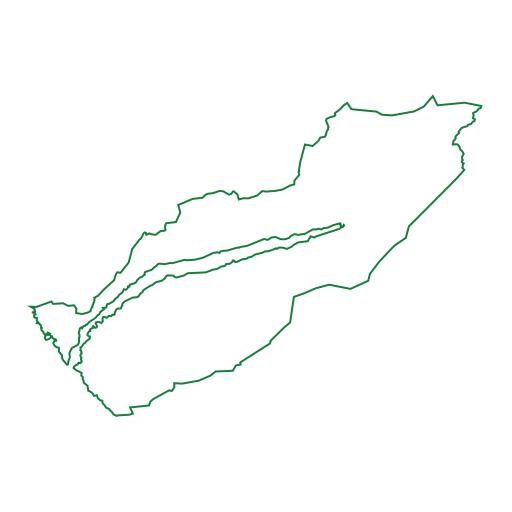 the district of Forsand nor, Rogaland, Norway
{"feature_id": "86288312B53803854392710", "entity_name": "Forsand nor", "entity_type": "district", "adm_level": 2, "iso_a3": "NOR", "parent_name": "Norway", "parent_adm1": "Rogaland", "projection": "mercator", "projection_center": [6.322, 59.02], "detail": "fine", "context": "isolated", "style": "outline", "palette": "green", "viewbox_px": 512, "rotation_deg": 0, "n_neighbors": 0, "source": "geoboundaries", "source_scale": "gbopen_adm2", "svg_char_len": 5950}
<svg xmlns="http://www.w3.org/2000/svg" viewBox="0 0 512 512"><path d="M350.4,288.9L368.2,280.8L370.0,273.8L379.1,261.8L394.1,245.9L405.8,237.9L408.9,226.4L455.6,179.5L464.3,169.9L462.3,167.7L462.8,166.6L462.7,165.0L463.7,163.4L462.1,162.4L461.8,161.3L462.8,160.0L462.1,158.9L462.0,157.1L463.7,153.8L462.3,151.5L460.2,149.3L459.6,147.3L458.0,144.7L456.9,144.2L452.8,144.5L453.5,140.9L455.7,138.6L455.4,137.5L455.7,136.2L459.1,132.9L458.6,131.7L461.8,127.8L467.3,126.1L468.2,124.7L471.1,123.9L472.7,121.8L474.5,121.0L474.9,119.3L472.9,118.2L473.7,115.2L473.1,113.7L473.2,112.9L476.7,111.3L478.7,108.7L480.6,108.1L481.3,106.0L464.6,102.7L437.5,105.3L432.8,96.1L423.8,106.6L414.2,111.4L392.1,115.4L381.9,114.7L376.4,111.6L351.4,109.2L347.2,103.0L344.1,105.0L339.4,109.9L335.3,112.8L334.8,113.6L335.4,114.9L334.5,116.1L329.9,117.3L326.5,118.9L326.1,120.3L326.2,121.2L328.6,127.0L328.1,127.8L328.1,129.3L326.8,131.1L325.9,135.2L324.7,136.8L320.2,137.6L318.4,140.9L312.6,146.0L305.0,144.5L300.3,161.8L299.0,170.1L299.2,171.2L298.6,171.7L299.2,175.0L294.5,180.5L294.2,184.4L290.4,185.4L282.3,189.6L275.1,190.9L266.2,191.6L262.2,191.1L257.1,195.6L248.1,198.4L243.4,198.2L238.8,199.5L237.5,194.5L233.7,191.3L232.9,191.5L231.3,193.8L229.1,194.7L223.1,191.3L219.8,190.9L213.0,193.1L207.3,193.9L205.4,194.9L202.7,197.7L192.7,198.9L178.2,205.0L180.3,212.6L175.9,222.1L166.2,223.2L165.0,225.9L165.4,230.1L164.9,230.6L160.6,231.1L155.6,234.8L151.1,234.2L149.2,233.4L146.4,234.8L146.1,234.6L146.1,233.1L145.0,232.4L144.3,232.7L143.3,233.8L142.2,236.4L140.5,239.0L139.8,239.2L132.2,249.1L128.7,262.5L120.5,272.8L117.2,272.3L115.7,274.6L114.1,280.2L103.9,289.5L98.0,295.8L94.5,297.6L94.9,298.0L94.2,299.5L94.5,300.5L92.3,306.2L92.5,306.8L91.9,307.1L90.4,311.3L87.1,312.8L81.9,314.0L76.2,313.1L76.3,308.5L73.9,305.3L68.3,305.9L63.0,303.3L53.1,303.9L51.4,301.5L36.5,306.9L30.7,306.7L34.6,309.1L34.4,309.7L35.2,311.5L35.0,312.0L31.8,312.4L33.8,312.6L35.3,313.7L35.5,314.3L34.3,314.4L34.1,317.0L35.0,317.7L36.9,317.9L36.8,320.6L38.0,322.2L37.0,322.4L36.8,323.1L39.5,323.6L39.9,324.6L40.7,325.0L41.1,327.5L41.9,328.0L41.2,328.9L41.6,330.3L43.3,331.8L43.6,333.3L44.8,334.4L47.0,334.1L47.7,332.6L47.0,332.1L50.3,333.9L49.9,335.0L47.5,334.7L45.1,336.1L44.9,338.1L45.7,339.7L46.7,339.9L48.8,339.0L50.6,337.8L51.0,337.1L50.9,336.4L51.3,336.1L52.1,336.4L52.2,337.5L53.0,338.4L56.0,339.6L56.3,340.3L56.0,340.9L54.5,340.8L53.4,342.6L53.4,343.5L54.2,345.1L56.4,347.1L58.9,347.8L59.1,349.1L58.8,350.5L59.0,351.8L62.0,355.3L62.2,358.4L62.8,359.7L66.9,364.7L67.5,364.7L68.0,364.3L68.4,361.1L69.9,357.2L69.4,353.6L69.9,351.8L72.1,347.8L77.6,345.0L78.7,343.4L79.1,340.5L78.9,337.8L79.5,336.9L79.6,335.5L78.7,332.4L79.5,331.0L79.6,328.9L79.9,328.3L81.3,327.4L82.1,328.3L83.5,326.1L84.8,326.1L86.3,324.5L87.0,324.6L89.0,322.2L95.6,317.8L97.7,315.1L99.2,314.4L100.6,311.6L103.9,309.4L103.0,307.9L106.0,307.7L106.4,307.2L106.8,305.0L107.7,303.9L109.0,303.9L113.6,301.2L115.4,298.7L118.1,296.7L119.0,295.0L121.9,292.8L123.1,291.2L123.9,289.3L125.7,289.8L127.1,288.7L128.0,287.5L127.9,286.6L129.3,286.6L129.2,285.8L129.7,285.5L129.8,284.7L134.6,283.2L136.3,281.9L137.3,280.0L139.8,277.6L142.2,276.8L143.2,275.5L144.5,275.0L144.9,274.4L144.6,273.3L144.7,272.5L145.1,272.0L151.8,269.7L154.6,267.0L156.3,266.1L157.6,264.3L159.6,263.6L164.6,264.2L170.1,263.0L172.3,263.2L184.7,259.8L186.8,260.3L194.8,259.7L202.7,257.8L213.4,252.9L217.6,252.3L219.4,253.0L220.4,251.5L222.5,250.9L227.6,250.5L237.1,247.6L239.5,247.6L240.0,247.1L247.0,245.9L264.1,239.0L267.6,239.9L271.3,237.6L275.5,237.0L280.8,239.2L285.1,239.2L289.0,238.0L290.4,236.3L294.5,234.1L298.0,234.9L305.0,233.8L312.6,229.5L316.4,229.4L318.7,228.7L321.4,229.4L323.3,228.2L327.9,227.6L333.2,225.2L340.1,223.3L340.7,224.0L340.5,224.3L340.7,225.2L340.5,225.3L340.8,225.6L340.8,227.1L342.3,227.0L343.7,224.9L344.1,225.4L342.9,226.9L340.9,227.6L339.6,228.8L316.6,236.2L314.3,237.5L310.5,236.3L310.2,237.7L309.3,238.5L307.9,241.2L298.4,242.4L293.8,244.7L291.7,246.7L286.9,248.9L282.4,247.6L278.9,247.6L276.9,248.9L276.0,248.3L272.2,250.0L267.7,251.3L265.1,251.3L262.0,252.9L255.1,254.5L251.5,256.8L247.9,257.6L246.7,258.7L242.1,259.4L237.2,261.8L235.3,262.1L234.2,260.7L233.1,260.4L232.7,260.6L232.8,261.4L229.8,263.8L226.3,264.0L225.8,264.3L225.7,265.2L224.5,266.0L221.3,266.5L216.9,269.0L213.2,269.6L205.7,272.4L187.9,273.2L183.6,275.6L176.7,277.4L175.2,277.3L173.4,275.6L167.3,275.4L165.4,277.0L165.3,277.8L164.6,278.6L161.6,280.8L156.0,282.2L152.1,285.2L150.5,285.6L144.2,289.6L143.1,290.7L142.5,292.1L141.0,293.0L138.6,296.2L137.4,297.1L132.6,297.6L124.7,301.4L122.6,303.5L122.1,304.4L122.4,305.4L121.4,306.8L121.0,308.4L117.6,308.7L116.2,309.6L114.5,313.5L114.5,314.6L114.2,314.7L114.6,314.9L112.2,314.8L111.3,316.1L108.8,316.0L106.8,317.7L104.1,316.8L103.0,317.1L102.5,318.8L102.8,321.3L101.5,323.0L98.6,321.8L95.9,322.4L95.6,323.4L97.1,326.0L96.6,327.4L95.3,327.8L93.1,326.1L92.8,326.6L93.1,327.9L90.7,328.8L89.9,329.9L90.3,331.0L89.1,331.4L87.7,333.5L87.4,334.9L88.4,336.1L89.9,336.4L89.7,338.6L86.1,341.5L85.0,343.0L84.0,343.4L81.4,347.0L80.4,347.4L80.7,348.6L80.3,350.1L81.4,351.2L81.3,352.7L81.7,353.1L80.3,355.0L80.6,356.4L81.5,358.1L80.9,359.0L81.7,361.0L81.3,361.5L81.4,362.2L80.1,363.2L78.9,362.6L78.3,363.0L77.8,364.3L76.3,364.8L74.1,366.7L73.6,367.4L73.7,368.2L76.4,370.3L81.6,372.9L81.3,375.5L82.8,377.1L82.7,379.2L83.5,380.6L83.8,382.7L87.5,385.8L88.3,390.8L89.6,391.1L92.4,393.2L94.1,396.0L96.8,395.2L97.8,398.2L100.2,400.3L102.3,400.7L102.7,403.5L104.4,405.0L106.1,407.7L109.3,409.1L110.5,411.0L111.6,411.6L113.6,414.4L116.9,415.9L117.7,415.4L129.5,414.7L132.9,413.6L130.0,407.4L148.9,405.5L150.5,401.5L153.5,398.9L169.0,390.4L171.8,391.0L174.4,387.1L174.2,383.2L182.1,383.6L198.6,380.7L210.3,375.7L215.6,371.5L232.7,370.8L236.0,365.4L240.6,364.5L240.3,362.4L270.1,343.4L270.7,340.7L283.9,327.7L290.1,322.5L293.9,296.9L303.7,293.5L315.7,288.3L329.2,284.7L350.4,288.9Z" fill="none" stroke="#15803d" stroke-width="2"/></svg>